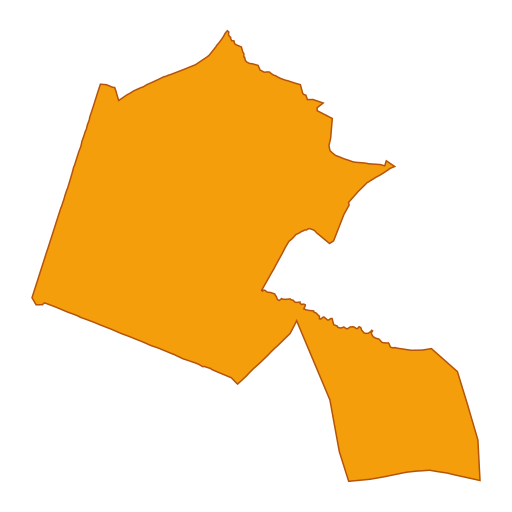 outline of San Lorenzo Albarradas, Oaxaca, Mexico
{"feature_id": "50627088B11055345087016", "entity_name": "San Lorenzo Albarradas", "entity_type": "district", "adm_level": 2, "iso_a3": "MEX", "parent_name": "Mexico", "parent_adm1": "Oaxaca", "projection": "mercator", "projection_center": [-96.232, 16.89], "detail": "fine", "context": "isolated", "style": "filled", "palette": "amber", "viewbox_px": 512, "rotation_deg": 0, "n_neighbors": 0, "source": "geoboundaries", "source_scale": "gbopen_adm2", "svg_char_len": 4231}
<svg xmlns="http://www.w3.org/2000/svg" viewBox="0 0 512 512"><path d="M431.4,348.6L422.2,350.1L411.3,350.3L396.8,348.1L394.6,347.5L394.0,347.9L390.9,347.4L390.0,346.3L389.3,344.2L388.4,342.9L386.0,343.0L382.1,342.5L379.0,339.1L375.6,338.1L373.2,336.8L371.6,334.1L371.4,332.6L372.6,330.9L371.8,330.3L370.6,331.7L368.2,333.3L365.6,333.4L364.0,332.9L361.6,330.0L360.8,327.6L359.1,326.7L357.6,328.5L356.5,328.6L353.7,326.8L350.3,326.9L347.5,328.7L346.6,328.8L343.8,327.0L341.1,328.0L339.5,327.8L337.8,327.3L337.2,326.0L333.7,324.7L332.1,318.5L330.8,318.5L328.6,320.0L327.5,320.0L324.1,317.1L323.3,317.0L321.0,318.8L320.1,319.1L319.5,318.7L319.4,316.2L317.7,314.7L316.4,313.2L315.1,312.6L314.1,312.2L313.6,310.9L310.9,310.6L310.1,310.6L306.7,310.0L303.8,308.9L305.3,305.7L305.3,304.8L303.8,304.1L301.4,304.4L299.9,303.0L300.1,302.1L296.4,302.4L295.5,302.3L294.6,301.8L293.1,300.2L291.1,299.8L290.1,298.9L285.3,299.4L282.6,299.1L281.6,298.5L280.3,299.7L279.1,300.5L277.6,299.6L276.9,298.4L276.3,296.3L275.5,295.7L274.7,293.9L270.5,292.5L267.1,292.1L265.1,290.4L264.5,290.2L263.4,290.2L263.2,290.3L263.0,290.2L262.6,291.1L262.4,290.9L261.6,290.4L271.9,272.2L273.7,269.2L275.6,265.5L282.3,253.3L284.9,248.2L285.7,246.8L288.9,241.4L291.5,239.3L293.1,237.7L295.9,234.5L298.2,233.5L301.8,231.4L303.4,230.8L303.5,230.7L304.6,230.0L306.5,230.0L308.1,228.9L309.6,228.6L311.1,229.1L313.1,229.8L314.3,230.4L315.2,231.2L316.6,232.8L329.5,243.5L333.6,240.9L343.9,214.5L349.1,205.1L348.6,202.4L358.0,191.7L367.3,182.5L367.7,182.4L376.4,177.0L379.1,175.6L381.0,174.5L388.3,169.8L389.9,168.5L394.7,166.5L386.3,160.8L385.9,161.9L384.8,165.7L384.6,165.8L381.4,164.9L380.8,164.6L373.9,164.1L373.2,164.2L371.2,163.9L368.6,163.8L367.6,163.5L364.6,163.0L360.9,162.7L354.8,162.2L353.4,161.9L351.7,161.4L349.3,160.5L344.3,158.9L339.2,156.8L335.5,155.4L332.7,153.2L330.0,150.7L328.9,145.3L329.0,145.1L330.6,138.6L332.3,118.5L317.2,110.7L317.1,107.8L323.2,103.0L312.9,99.5L307.4,99.6L305.9,95.2L303.6,94.4L302.7,93.3L300.4,84.7L298.4,84.1L296.4,83.5L296.1,83.5L288.9,81.1L287.8,80.7L286.4,80.4L285.3,80.2L284.5,79.8L281.2,78.7L280.3,78.3L278.5,77.4L277.3,76.8L275.6,75.7L275.3,75.6L274.3,75.4L273.8,75.2L271.7,73.9L271.2,73.5L269.3,72.0L267.9,71.9L264.2,72.2L260.7,70.3L260.1,70.1L258.1,65.4L255.6,64.7L252.5,63.8L249.4,63.4L246.7,62.0L245.5,60.7L245.2,59.5L244.7,58.1L244.7,57.3L243.8,56.8L243.9,53.7L242.8,52.0L241.4,47.0L237.7,45.4L236.5,45.0L234.6,43.6L233.9,40.8L231.8,40.8L230.6,38.5L230.7,37.4L229.4,36.3L229.1,35.8L228.5,34.4L228.8,32.0L227.3,30.7L225.0,33.5L223.7,36.1L221.8,39.0L220.4,40.9L219.1,42.6L216.7,45.4L215.9,46.8L209.1,55.3L207.1,56.9L195.5,64.7L182.1,70.1L169.1,75.1L168.5,75.1L165.9,76.3L163.9,76.7L158.0,79.6L152.2,82.3L146.9,84.6L143.0,87.0L141.2,87.5L134.0,90.7L129.2,93.7L127.2,94.7L119.0,100.3L118.7,100.5L118.6,100.2L116.9,94.6L116.2,91.9L114.7,87.5L112.7,87.3L106.4,84.7L100.4,84.2L96.7,95.5L96.1,97.6L96.0,97.8L93.4,106.1L91.1,113.1L89.9,116.6L89.4,118.8L89.4,119.6L89.3,119.8L87.4,124.8L86.4,129.0L85.2,131.7L84.5,133.8L84.4,134.4L81.9,141.4L81.5,143.4L80.8,146.6L78.9,151.4L74.8,164.3L74.8,164.6L73.6,167.3L72.5,171.7L70.7,177.9L67.5,188.5L66.9,189.7L65.0,195.3L63.9,199.4L63.0,201.9L61.6,206.3L61.2,207.2L61.0,207.4L48.0,248.0L46.8,251.5L32.0,297.7L36.1,304.8L42.4,304.7L44.3,302.9L46.8,303.7L51.1,305.3L55.5,307.0L61.8,309.6L66.2,311.5L68.7,312.5L73.0,314.0L78.8,316.3L78.7,316.4L80.6,317.4L85.7,319.2L94.8,322.6L96.1,323.2L99.7,324.7L112.0,329.5L121.4,333.6L129.0,336.4L136.7,339.5L140.3,340.9L144.1,342.5L150.1,345.2L151.4,345.7L152.2,346.0L156.8,347.5L159.5,348.5L160.7,349.1L166.2,351.3L172.8,354.1L173.0,354.0L182.2,358.4L183.0,358.8L196.2,363.2L196.2,363.4L198.3,364.1L202.8,366.7L204.3,366.5L210.8,368.6L211.4,369.3L216.1,371.4L231.4,377.8L236.3,382.9L237.6,384.1L246.6,375.8L247.0,375.3L249.4,372.7L253.3,368.8L259.6,363.2L267.9,355.2L270.9,352.0L275.0,348.0L277.2,346.1L285.6,337.9L290.1,333.5L294.3,325.5L294.4,325.3L296.6,320.7L329.9,399.9L339.3,451.6L348.7,481.3L369.9,479.3L383.6,476.9L406.5,472.2L416.7,471.1L423.3,470.7L429.5,470.2L432.3,470.7L435.7,471.3L447.5,473.1L453.4,474.6L470.6,478.4L480.0,480.5L477.9,440.0L467.2,403.5L457.4,371.6L431.4,348.6Z" fill="#f59e0b" stroke="#b45309" stroke-width="1.5"/></svg>